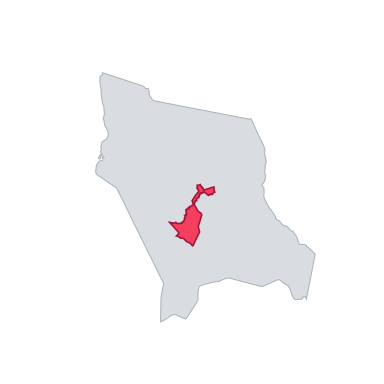 Isiolo North, Eastern, Kenya (highlighted), rotated 154°
{"feature_id": "3690345B29935700450408", "entity_name": "Isiolo North", "entity_type": "district", "adm_level": 2, "iso_a3": "KEN", "parent_name": "Kenya", "parent_adm1": "Eastern", "projection": "equal_earth", "projection_center": [38.187, 1.182], "detail": "fine", "context": "in_parent", "style": "filled", "palette": "rose", "viewbox_px": 384, "rotation_deg": 154, "n_neighbors": 0, "source": "geoboundaries", "source_scale": "gbopen_adm2", "svg_char_len": 7586}
<svg xmlns="http://www.w3.org/2000/svg" viewBox="0 0 384 384"><g transform="rotate(154 192 192)"><path d="M106.9,232.3L106.8,227.4L107.3,214.9L107.2,204.0L107.7,198.5L109.7,195.0L110.6,192.5L111.3,188.9L112.4,186.1L114.7,183.7L115.2,182.4L117.7,178.5L119.2,173.5L120.4,171.8L121.8,170.2L122.8,169.4L124.4,168.5L125.7,168.1L126.0,167.7L126.1,166.9L125.7,163.7L126.2,162.7L127.1,160.6L128.1,158.7L129.0,157.5L129.5,156.2L129.8,154.0L129.8,152.5L129.8,149.9L129.5,144.1L128.5,139.3L127.8,133.9L128.3,132.1L127.5,129.0L127.0,128.8L126.3,128.1L125.5,125.1L124.8,122.4L124.4,121.7L121.5,119.3L120.1,113.7L118.5,112.5L117.7,106.9L117.5,105.3L118.4,99.8L118.3,98.5L117.4,97.3L114.7,96.1L112.5,93.8L112.8,93.0L113.0,92.2L111.8,91.6L108.5,82.1L112.8,76.4L117.2,70.6L122.7,63.3L127.8,56.6L132.2,50.8L136.1,45.6L136.0,46.6L136.1,47.9L136.5,48.7L137.4,49.2L138.5,48.7L139.5,47.8L140.4,47.7L146.3,49.8L147.3,51.7L147.2,53.7L147.5,55.2L147.0,56.7L146.5,61.1L146.7,65.2L148.4,68.3L150.0,70.6L151.2,74.0L152.2,75.0L153.4,75.5L157.5,75.7L163.5,75.9L169.3,76.1L169.8,76.2L171.0,76.6L176.3,81.1L181.2,85.3L185.3,88.8L189.3,92.3L193.2,95.7L196.2,98.5L199.2,99.4L204.0,99.8L207.3,99.9L210.4,101.1L215.0,102.2L218.4,102.8L220.5,103.4L226.2,104.1L227.2,103.7L229.7,100.6L232.6,95.5L233.7,92.7L237.3,89.9L243.8,86.1L248.3,83.3L253.3,80.6L255.6,83.0L258.8,86.8L260.2,88.7L261.4,89.5L263.1,90.1L265.2,90.1L266.3,90.0L268.6,89.5L274.1,89.0L277.2,89.1L274.6,94.1L271.5,100.2L265.7,111.4L261.3,117.3L257.9,121.7L257.6,122.5L257.6,127.5L257.7,139.6L257.8,163.8L257.9,188.1L257.9,212.3L258.0,224.5L258.0,228.5L260.9,233.6L263.8,238.6L267.5,245.2L269.6,248.7L269.9,249.9L269.8,252.3L266.7,257.2L264.1,259.4L260.7,260.5L259.7,260.3L258.3,259.6L257.8,260.8L257.4,262.6L256.6,262.2L256.1,261.7L256.4,265.0L256.7,266.6L256.2,268.8L254.6,270.7L254.4,272.3L250.8,276.5L245.7,277.0L243.0,279.1L241.8,280.8L240.9,284.6L241.2,290.3L239.8,294.8L239.5,297.0L236.9,299.9L235.7,302.5L234.8,305.2L234.1,306.4L233.2,312.4L231.9,316.0L231.6,317.2L231.3,318.3L230.3,320.5L229.7,322.0L229.3,322.9L226.2,332.3L223.7,336.5L221.8,336.0L220.5,337.7L220.4,338.4L219.7,338.0L218.1,336.4L214.9,333.3L211.6,330.1L208.3,326.9L205.0,323.7L201.8,320.6L198.5,317.4L195.2,314.2L191.9,311.0L190.0,309.2L189.2,308.1L188.5,305.9L188.2,305.3L187.3,304.6L186.3,304.5L186.0,304.1L186.0,303.0L186.4,301.5L187.6,298.6L187.7,296.9L187.5,294.9L187.1,291.8L186.8,291.1L184.6,289.5L180.0,286.0L175.5,282.6L170.9,279.2L166.4,275.8L161.8,272.3L157.3,268.9L152.7,265.5L148.2,262.1L143.6,258.7L139.1,255.2L134.5,251.8L130.0,248.4L125.4,245.0L120.8,241.5L116.3,238.1L111.7,234.7L110.0,233.4L108.5,232.3L106.9,232.3ZM258.3,265.6L257.5,265.8L257.9,264.2L260.2,262.1L261.2,262.6L261.4,263.0L261.3,263.5L260.9,263.9L258.3,265.6Z" fill="#d9dde1" stroke="#a8b0b8" stroke-width="1"/><path d="M214.9,143.1L212.2,145.2L211.3,146.0L202.6,152.8L201.6,158.1L193.2,167.1L193.3,169.1L195.0,172.3L195.4,180.3L196.1,180.9L196.2,180.7L196.2,180.4L196.4,180.4L196.6,180.1L196.8,180.0L196.9,179.9L197.2,180.0L197.4,180.0L197.6,180.1L197.8,179.7L198.0,179.6L198.5,179.7L198.9,179.5L199.2,179.6L199.6,179.5L199.9,179.8L200.0,179.6L200.3,179.6L200.5,179.8L200.8,179.7L201.0,179.7L201.3,179.2L201.4,179.4L201.6,179.3L202.0,179.6L202.3,178.9L202.5,179.2L202.8,178.8L202.8,178.6L203.1,178.5L203.4,178.5L203.5,178.6L203.9,178.6L204.0,178.4L204.5,178.6L204.5,178.4L204.7,178.2L204.9,178.3L204.9,178.5L205.0,178.4L205.3,178.6L205.4,178.3L205.3,178.1L205.5,178.0L205.5,177.9L205.5,177.6L205.7,177.2L206.0,177.0L206.3,176.5L206.3,176.1L206.4,175.9L206.3,175.5L206.4,175.4L206.3,175.2L206.4,174.9L206.5,174.8L206.5,174.5L206.7,174.0L206.8,174.0L206.9,173.9L207.1,174.0L207.3,174.0L207.5,174.3L207.6,174.2L207.7,174.3L207.8,174.1L207.9,174.3L207.9,174.1L208.2,174.1L208.3,174.0L208.3,173.8L208.5,173.9L208.4,173.7L208.5,173.6L208.6,173.4L208.7,173.2L209.0,173.0L209.0,172.8L209.2,172.7L209.3,172.7L209.5,172.5L209.8,172.4L209.8,172.0L210.0,171.9L209.9,171.7L210.1,171.6L210.3,171.5L210.2,171.1L210.3,171.1L210.4,170.9L210.5,170.9L210.5,170.7L210.8,170.5L211.0,170.3L211.3,170.2L211.6,170.0L211.7,169.8L211.8,169.6L212.0,169.4L212.1,169.6L212.3,169.3L212.5,169.2L213.2,169.0L213.6,169.2L213.8,169.3L213.9,169.2L214.1,168.8L214.3,169.1L214.5,169.2L214.8,169.1L215.0,168.9L215.2,168.6L215.4,168.8L215.7,168.7L215.9,168.7L216.1,168.9L216.3,168.9L216.6,168.9L216.6,169.0L217.1,169.4L217.5,169.4L217.7,169.6L218.2,169.6L218.3,169.8L218.5,169.9L218.8,170.0L218.9,170.3L219.1,170.6L219.5,170.8L219.5,171.0L219.7,171.6L219.8,171.5L220.1,171.7L220.2,171.8L220.4,171.6L220.5,171.6L220.9,171.7L221.0,171.8L221.3,171.7L221.7,172.0L221.8,171.9L222.1,172.0L222.6,172.3L222.7,172.5L222.8,172.4L223.1,172.9L223.3,172.9L223.5,172.9L223.7,173.1L223.9,173.0L224.1,173.2L224.7,173.9L225.2,174.3L225.4,174.7L225.6,174.8L221.6,161.1L223.6,160.0L225.3,159.3L225.1,159.2L224.6,158.6L224.3,158.6L224.2,158.5L224.1,158.2L223.9,158.0L223.8,157.8L223.2,156.7L223.0,156.3L222.9,156.3L222.8,156.1L222.6,156.0L222.5,155.7L222.3,155.8L222.3,155.5L222.1,155.5L221.8,155.2L221.5,154.9L221.3,154.9L221.0,154.6L220.3,154.3L220.1,154.1L219.5,152.7L219.4,152.0L219.1,151.3L218.7,150.6L218.8,150.2L218.6,150.1L218.5,149.6L218.2,149.2L217.9,149.0L217.7,148.7L217.4,148.5L217.3,148.4L217.0,148.0L216.9,147.6L216.7,147.4L216.3,146.6L216.0,146.2L215.8,145.8L215.6,145.7L215.5,145.2L215.5,144.8L215.4,144.5L215.4,143.9L214.9,143.1ZM184.9,194.0L185.4,194.0L185.9,193.3L185.8,191.9L185.5,191.9L185.4,191.6L185.4,190.3L185.5,189.7L190.6,187.3L195.7,184.2L195.7,183.2L195.8,183.2L195.8,182.9L196.0,182.6L196.1,182.3L196.2,182.0L196.1,181.6L196.1,181.3L196.0,181.1L196.1,180.9L195.5,181.1L195.4,180.9L195.0,180.7L194.8,180.5L194.7,180.5L194.7,180.3L194.5,180.7L194.3,180.8L194.2,181.1L193.8,181.7L193.5,181.8L193.4,182.0L193.2,182.0L192.8,182.7L192.6,182.8L192.4,182.7L192.1,182.5L192.0,182.2L191.7,182.1L191.7,182.3L191.7,182.5L191.1,182.9L191.0,183.3L191.0,183.6L190.8,183.9L190.1,184.0L189.9,184.1L189.7,184.0L189.2,184.1L188.9,184.1L188.7,184.4L188.5,184.6L188.2,184.5L188.1,184.2L187.8,184.4L187.6,184.6L187.5,185.0L187.4,185.1L187.2,185.2L186.9,185.3L186.7,185.6L186.6,185.8L186.6,186.0L186.5,186.3L186.4,186.2L186.2,186.2L185.9,186.4L185.7,186.4L185.6,186.5L185.4,186.5L185.4,186.9L185.4,187.0L185.2,186.9L185.1,187.0L184.9,187.0L184.6,186.8L184.4,187.2L184.2,187.0L183.8,187.1L183.7,186.9L183.5,186.6L183.2,186.5L183.1,186.4L182.9,186.4L182.8,186.6L182.5,186.7L182.4,186.7L182.3,186.8L182.2,186.7L182.1,186.8L181.7,186.8L181.4,186.9L181.0,186.5L180.8,186.5L180.8,186.2L180.6,186.2L180.5,185.5L180.3,185.1L180.3,184.9L180.1,184.7L179.9,184.3L179.5,183.2L179.4,182.7L179.2,182.4L178.8,182.0L178.5,181.5L178.2,181.5L177.7,182.2L177.4,182.1L176.8,182.1L176.7,182.0L176.4,181.8L176.2,181.8L176.2,181.6L175.9,181.6L175.7,181.4L175.6,181.1L175.3,181.0L175.3,180.9L175.2,180.8L174.5,181.1L174.5,181.4L174.3,181.4L174.2,181.2L173.2,181.8L172.9,181.9L172.6,182.0L172.4,182.0L171.9,182.1L171.6,181.8L171.5,182.0L171.5,182.3L171.4,182.6L171.4,184.0L171.3,184.4L171.1,184.4L171.1,184.8L171.0,185.3L170.8,185.3L170.7,185.6L170.6,185.9L170.4,186.1L170.2,186.2L170.2,186.3L170.2,186.8L170.1,187.0L180.9,188.7L180.8,188.9L180.7,189.0L180.7,189.4L180.7,189.5L180.6,190.0L180.4,190.2L180.4,190.7L180.5,190.9L180.5,191.6L180.9,192.0L180.9,192.4L181.1,192.5L181.1,193.0L181.4,193.3L181.4,194.1L181.4,194.3L181.4,194.5L181.4,194.8L181.4,195.1L181.2,195.3L181.3,195.4L181.2,195.5L181.5,195.3L181.6,195.0L182.2,194.9L182.9,195.3L184.4,195.9L184.7,195.4L184.6,195.2L184.7,194.7L184.8,194.2L184.9,194.0Z" fill="#f43f5e" stroke="#9f1239" stroke-width="1.5"/></g></svg>